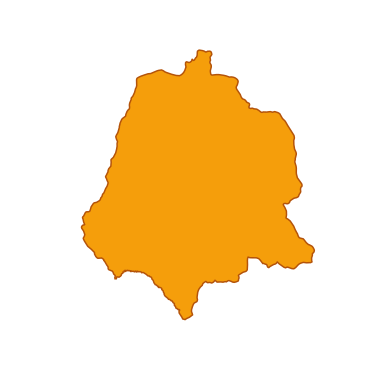 the district of Ciudad Bolívar, Antioquia, Colombia, rotated 146°
{"feature_id": "7082276B35389673608197", "entity_name": "Ciudad Bolívar", "entity_type": "district", "adm_level": 2, "iso_a3": "COL", "parent_name": "Colombia", "parent_adm1": "Antioquia", "projection": "robinson", "projection_center": [-75.992, 5.842], "detail": "fine", "context": "isolated", "style": "filled", "palette": "amber", "viewbox_px": 384, "rotation_deg": 146, "n_neighbors": 0, "source": "geoboundaries", "source_scale": "gbopen_adm2", "svg_char_len": 5999}
<svg xmlns="http://www.w3.org/2000/svg" viewBox="0 0 384 384"><g transform="rotate(146 192 192)"><path d="M253.1,254.1L254.9,253.2L255.2,252.7L255.5,250.6L256.0,248.8L256.2,246.9L256.8,246.1L259.1,244.3L261.7,243.1L265.4,240.6L267.4,240.1L269.2,238.6L270.9,238.1L272.4,236.9L273.8,236.6L276.9,236.8L278.9,237.6L279.7,237.7L280.5,237.5L283.9,236.1L287.1,233.4L288.1,233.3L289.1,233.6L290.2,234.4L291.3,234.7L292.2,234.4L295.2,232.7L296.6,232.4L296.9,232.2L297.2,231.7L297.5,230.5L298.6,227.7L299.2,225.1L299.5,225.0L300.9,225.5L302.0,225.4L303.0,224.9L303.4,224.4L303.7,223.4L303.7,220.5L304.0,219.1L304.7,216.7L306.0,215.5L307.7,214.7L308.1,214.3L308.3,213.6L308.6,211.5L308.8,205.3L307.5,200.8L306.7,196.5L307.5,195.0L307.8,192.3L307.6,190.9L307.3,190.0L306.8,189.5L303.8,187.8L303.2,186.2L303.0,185.4L303.1,185.0L303.4,184.6L303.2,183.2L303.5,178.9L303.4,177.0L304.4,175.2L304.5,174.6L304.4,174.1L302.3,170.9L302.3,169.7L302.8,167.8L302.4,165.8L302.6,165.3L304.0,164.0L304.3,163.1L303.8,163.0L303.6,162.5L303.2,162.4L301.9,163.6L301.4,163.4L300.1,162.2L298.3,162.2L297.3,162.5L296.2,163.5L294.8,163.4L294.0,164.2L293.3,163.7L292.9,163.8L292.3,164.4L291.4,163.3L291.1,163.5L291.4,164.0L291.2,164.3L290.1,163.2L289.5,163.3L289.0,162.4L288.3,162.3L287.5,161.4L287.4,161.2L287.5,160.8L287.2,160.3L286.7,160.7L285.9,159.6L285.0,159.2L284.5,158.1L283.9,158.2L283.3,158.0L283.3,157.5L283.2,157.4L282.9,157.5L282.5,156.6L282.0,157.0L281.4,156.7L281.0,155.9L279.4,154.8L278.8,153.9L278.9,153.3L277.4,152.5L276.0,149.4L275.4,147.0L274.4,146.3L274.2,145.2L273.8,144.8L273.5,144.2L273.5,143.1L273.9,142.2L273.6,140.4L274.3,137.9L274.2,136.8L274.3,135.8L273.6,134.9L273.1,132.8L272.6,132.4L272.7,132.0L273.1,132.0L273.1,131.6L271.7,130.5L271.4,130.1L271.1,129.1L271.1,128.8L271.5,128.3L271.6,127.7L271.3,127.0L271.2,126.4L271.8,124.5L271.8,123.4L272.4,122.5L272.5,120.7L271.5,117.4L271.5,116.2L270.6,115.4L270.4,114.6L270.1,114.1L270.1,113.4L269.4,112.7L269.4,111.5L269.6,111.0L269.0,109.4L269.9,108.1L270.0,107.4L269.7,106.6L270.2,104.7L270.0,104.1L269.4,103.5L269.3,102.4L268.4,101.7L268.2,101.3L268.4,100.9L269.2,100.7L270.3,98.9L270.4,93.6L270.7,92.0L269.1,90.1L267.0,90.1L264.2,89.6L260.3,89.8L260.1,90.1L259.3,93.1L258.3,94.6L255.9,96.6L254.2,97.8L252.7,98.6L251.9,98.7L249.5,98.4L248.7,98.7L247.7,99.6L247.2,100.9L246.6,102.0L243.1,105.9L240.8,107.5L238.2,108.5L235.7,108.9L234.2,110.0L232.5,110.2L230.5,110.1L230.0,108.4L229.6,108.0L227.8,107.1L226.6,105.6L226.0,105.4L224.5,105.3L222.3,105.9L221.6,103.3L218.5,101.4L216.7,99.9L214.7,99.2L213.7,98.3L211.8,98.3L210.9,97.9L209.6,96.2L208.7,94.6L207.5,93.5L205.6,92.8L203.6,92.4L203.2,92.5L201.9,93.9L201.2,94.3L200.6,95.3L200.2,96.8L199.4,97.1L194.5,96.9L191.9,96.1L191.0,96.1L189.7,96.6L186.7,100.6L184.2,104.5L182.8,106.1L181.9,106.6L180.7,105.1L175.4,101.4L174.3,100.0L173.8,99.0L173.5,97.0L173.3,93.1L172.6,92.8L171.6,91.2L170.8,90.3L170.7,89.8L171.2,87.7L171.1,87.1L170.6,86.4L169.1,86.6L166.3,86.4L164.5,86.2L163.6,85.8L162.2,85.7L161.5,85.9L161.0,86.2L160.4,86.2L159.9,83.7L157.8,78.1L156.8,76.8L155.3,76.6L154.6,76.1L152.0,72.6L150.5,71.4L148.4,71.4L144.5,72.3L143.2,72.4L141.7,72.2L139.3,71.5L138.7,71.1L136.7,69.3L133.1,67.1L131.6,67.0L131.1,68.3L129.7,70.5L127.8,72.0L126.6,73.6L125.7,73.7L124.4,74.1L123.6,74.8L123.1,75.4L122.7,77.4L122.7,79.4L123.0,80.3L124.2,82.5L124.7,83.1L125.1,84.1L125.6,86.1L125.8,89.7L126.0,91.0L128.0,93.2L128.6,94.1L128.7,95.1L128.5,96.5L127.9,98.6L127.9,99.9L127.5,103.3L126.8,106.8L126.8,113.0L127.6,115.7L128.4,117.3L128.5,118.0L126.5,120.1L124.4,123.4L123.7,127.2L123.6,129.8L123.4,130.5L122.8,130.9L122.1,130.9L121.1,130.4L119.8,129.1L119.0,128.7L118.1,128.6L117.0,128.8L116.3,129.4L115.4,129.8L113.9,129.9L110.9,129.8L108.3,128.8L106.5,128.7L105.9,129.0L104.6,130.0L102.3,131.0L101.7,131.5L100.6,133.5L99.5,134.7L98.9,135.1L98.1,135.1L97.4,135.5L96.7,136.7L96.5,137.6L96.7,144.8L95.4,148.5L94.6,149.9L92.2,153.4L91.3,155.2L90.1,159.1L89.3,160.3L88.4,160.9L87.9,161.8L84.6,164.8L83.9,165.8L83.5,167.1L83.0,170.2L81.1,174.3L78.8,177.9L77.4,179.0L76.8,179.7L75.9,181.7L75.8,182.6L75.5,193.6L75.2,197.6L75.2,199.0L75.8,201.8L75.9,202.7L75.5,207.9L76.4,209.8L78.5,212.4L80.6,213.1L82.2,214.9L85.4,216.5L88.0,218.4L89.5,218.9L89.9,219.3L90.3,220.0L91.0,222.3L92.0,224.5L94.2,226.4L94.8,227.4L95.5,228.0L96.5,228.3L97.6,229.6L97.3,230.7L95.6,232.0L95.2,232.6L95.1,233.6L96.4,235.9L96.4,238.0L96.8,239.2L97.9,240.8L98.1,241.4L98.1,243.4L97.5,245.8L97.5,252.3L96.9,254.0L96.6,254.3L95.2,255.2L94.6,255.4L92.1,257.6L91.6,258.8L91.6,260.1L92.0,261.4L92.6,262.8L93.8,264.3L95.3,265.6L96.6,266.2L98.9,269.3L100.5,271.0L104.1,274.3L106.2,275.7L109.8,277.6L110.4,278.2L110.5,278.7L110.5,279.3L109.5,281.5L108.9,282.4L106.1,284.9L105.4,286.0L105.1,286.8L105.0,288.5L104.6,289.8L103.0,290.9L101.7,293.6L101.4,293.8L98.9,294.8L98.5,295.2L97.9,296.9L97.9,297.9L98.2,298.4L98.5,298.8L100.5,300.0L101.5,300.0L102.5,300.6L103.1,301.9L104.1,303.2L106.3,305.3L106.9,305.7L108.6,305.7L109.2,305.2L111.3,302.4L113.0,301.2L114.1,301.1L116.2,300.1L117.2,300.3L117.6,301.4L117.6,302.4L118.0,301.6L118.8,301.0L119.8,300.7L121.2,300.7L122.1,301.0L123.3,302.5L123.8,303.0L124.5,303.0L125.0,302.8L126.2,301.2L127.1,299.0L130.0,296.8L132.0,295.8L133.9,295.3L135.8,295.2L137.3,295.4L140.0,297.5L143.0,300.9L146.5,305.5L147.3,306.8L148.0,308.6L149.0,310.2L151.7,311.5L153.3,312.0L160.0,313.3L162.4,314.6L166.2,315.7L169.7,316.6L172.4,317.0L173.8,317.0L174.5,316.7L175.3,315.9L178.3,311.2L179.8,309.8L180.9,309.3L184.0,306.6L187.3,304.6L189.9,303.8L190.7,302.7L194.0,300.5L195.3,299.1L196.4,297.1L197.4,296.0L199.3,295.7L200.8,295.1L203.3,293.4L204.7,292.0L208.7,291.8L209.8,291.4L213.1,289.3L214.1,288.3L215.6,287.0L216.0,286.3L220.0,282.9L221.2,282.2L222.9,281.4L224.3,280.4L225.1,278.0L225.4,275.9L225.7,275.3L227.0,274.1L228.5,271.8L230.6,269.6L233.4,267.1L237.8,264.7L240.8,264.2L241.2,263.9L242.5,261.7L244.8,258.8L248.1,257.8L249.5,256.8L250.5,255.6L252.2,254.7L253.1,254.1Z" fill="#f59e0b" stroke="#b45309" stroke-width="1.5"/></g></svg>